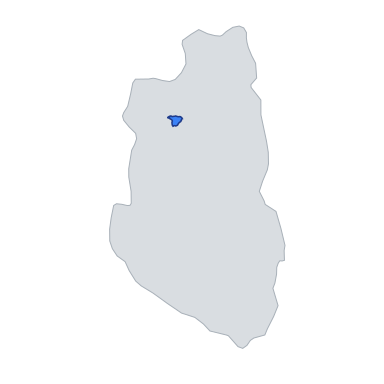 Menbi, Lhuntshi, Bhutan shown in context, rotated 264°
{"feature_id": "84629894B25534094545314", "entity_name": "Menbi", "entity_type": "district", "adm_level": 2, "iso_a3": "BTN", "parent_name": "Bhutan", "parent_adm1": "Lhuntshi", "projection": "albers", "projection_center": [91.176, 27.598], "detail": "fine", "context": "in_parent", "style": "filled", "palette": "blue", "viewbox_px": 384, "rotation_deg": 264, "n_neighbors": 0, "source": "geoboundaries", "source_scale": "gbopen_adm2", "svg_char_len": 3490}
<svg xmlns="http://www.w3.org/2000/svg" viewBox="0 0 384 384"><g transform="rotate(264 192 192)"><path d="M309.2,165.2L308.6,167.6L306.0,174.2L304.2,181.2L305.7,187.1L311.8,194.0L320.0,199.4L330.4,199.8L339.9,197.6L343.8,198.5L349.0,207.7L352.8,215.7L347.8,223.9L345.1,231.2L344.1,236.3L344.8,238.6L347.9,242.7L351.5,249.8L352.1,256.3L349.8,260.6L344.9,262.8L339.6,262.2L335.3,262.3L329.8,263.1L321.3,265.6L313.4,268.7L298.6,268.2L292.6,261.8L289.8,261.7L276.3,270.1L261.5,268.6L234.7,271.4L223.5,272.0L212.0,271.0L206.1,269.2L195.3,263.3L185.6,259.0L175.6,262.8L172.0,263.5L163.9,273.5L146.6,276.6L129.2,278.9L124.1,277.5L114.4,276.8L114.0,274.4L114.4,272.1L112.2,270.3L108.2,268.4L101.4,267.5L92.7,264.9L87.8,262.4L70.0,265.7L59.7,260.2L48.1,252.7L42.2,249.5L40.3,238.2L38.3,234.5L33.7,230.6L31.2,226.1L33.4,221.6L45.2,213.2L46.2,211.2L51.9,195.3L59.5,189.6L67.0,181.7L72.7,168.9L83.7,155.9L95.6,142.6L103.9,131.7L109.3,126.7L120.4,121.3L129.7,118.2L136.2,110.9L143.9,106.9L151.9,105.1L163.6,106.2L174.7,108.9L186.8,112.7L188.2,115.7L187.1,120.9L185.3,126.2L185.2,128.9L187.1,130.4L199.0,131.5L213.5,130.7L221.7,131.5L239.9,136.4L245.2,139.9L250.8,142.5L256.2,142.1L263.1,136.4L270.4,131.6L274.8,130.8L278.1,132.4L283.9,137.0L295.9,141.2L306.6,144.5L310.1,147.5L308.9,160.8L309.2,165.2Z" fill="#d9dde1" stroke="#a8b0b8" stroke-width="1"/><path d="M259.3,180.1L259.5,180.3L259.8,180.5L259.9,180.8L259.9,181.0L259.9,181.3L259.8,181.7L259.7,181.8L259.7,182.0L259.6,182.4L259.4,182.6L259.3,182.8L259.4,183.1L259.5,183.2L259.5,183.3L259.6,183.5L259.7,183.9L259.8,184.0L259.8,184.3L259.9,184.5L260.0,184.6L260.2,184.8L260.4,184.8L260.5,184.9L260.6,185.0L260.9,185.1L261.0,185.2L261.1,185.4L261.3,185.5L261.5,185.7L261.6,185.8L261.8,186.0L262.0,186.1L262.2,186.3L262.3,186.5L262.5,186.9L262.7,187.1L262.8,187.3L263.0,187.5L263.0,187.8L263.1,188.0L263.3,188.2L263.4,188.3L263.5,188.3L263.8,188.4L263.8,188.5L264.0,188.6L264.2,188.8L264.3,188.8L264.6,188.8L264.8,188.9L264.8,189.0L265.0,189.0L265.3,189.2L265.3,189.3L265.5,189.5L265.8,189.7L265.8,189.8L266.0,189.9L266.0,190.0L266.2,189.9L266.4,189.8L266.7,189.7L266.8,189.6L267.0,189.6L267.2,189.4L267.3,189.2L267.5,188.9L267.8,188.8L267.9,188.7L268.0,188.6L268.1,188.4L268.2,188.1L268.3,187.9L268.3,187.6L268.3,187.3L268.2,187.1L268.3,186.7L268.3,186.4L268.3,186.1L268.4,185.8L268.5,185.7L268.6,185.4L268.7,185.2L268.8,184.8L268.9,184.5L268.9,184.4L269.0,184.3L269.0,184.2L269.3,183.9L269.3,183.7L269.3,183.4L269.2,183.1L269.2,182.9L269.2,182.7L269.1,182.4L269.1,182.2L269.1,181.7L269.2,181.4L269.1,181.0L269.0,180.8L269.0,180.7L269.1,180.4L269.1,180.2L269.2,179.9L269.3,179.9L269.5,179.7L269.6,179.4L269.7,179.2L269.8,179.0L269.8,178.9L269.8,178.7L269.7,178.6L269.6,178.4L269.8,178.2L269.7,177.9L269.6,177.6L269.6,177.4L269.5,177.2L269.4,177.0L269.3,176.8L269.3,176.7L269.2,176.6L269.0,176.4L268.9,176.3L268.9,176.2L268.7,175.8L268.7,175.7L268.4,175.7L268.3,175.8L268.2,175.9L268.1,176.0L268.0,176.4L267.9,176.7L267.9,176.9L267.9,177.2L268.0,177.3L268.0,177.5L267.8,177.6L267.7,177.5L267.4,177.6L267.2,177.6L267.1,177.8L267.0,178.0L266.9,178.1L266.7,178.4L266.5,178.7L266.1,179.1L265.9,179.3L265.7,179.5L265.4,179.7L265.1,179.8L264.8,179.9L264.6,179.9L264.4,179.7L264.2,179.6L263.7,179.6L263.2,179.3L262.9,179.3L262.6,179.3L262.2,179.3L261.9,179.3L261.7,179.3L261.3,179.4L261.0,179.3L260.8,179.3L260.5,179.4L260.3,179.5L260.2,179.6L259.8,179.9L259.6,180.0L259.3,180.0L259.3,180.1Z" fill="#3b82f6" stroke="#1e3a8a" stroke-width="1.5"/></g></svg>